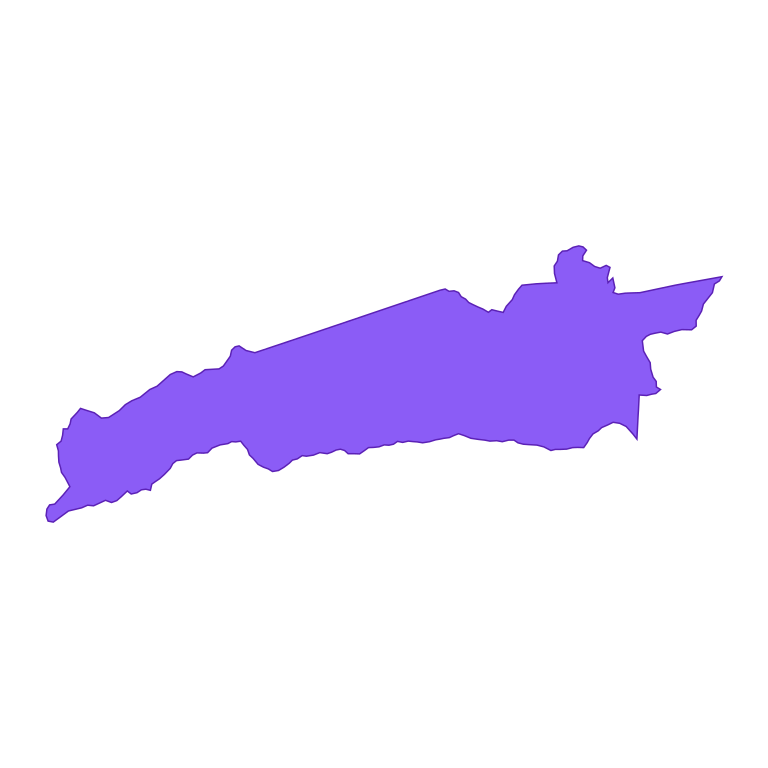 Ibiapina, Ceará, Brazil (Robinson projection)
{"feature_id": "56859067B1418579052728", "entity_name": "Ibiapina", "entity_type": "district", "adm_level": 2, "iso_a3": "BRA", "parent_name": "Brazil", "parent_adm1": "Ceará", "projection": "robinson", "projection_center": [-41.013, -3.951], "detail": "fine", "context": "isolated", "style": "filled", "palette": "violet", "viewbox_px": 768, "rotation_deg": 0, "n_neighbors": 0, "source": "geoboundaries", "source_scale": "gbopen_adm2", "svg_char_len": 3043}
<svg xmlns="http://www.w3.org/2000/svg" viewBox="0 0 768 768"><path d="M150.4,490.3L151.8,484.1L155.5,481.5L159.5,478.8L164.6,474.2L170.2,468.4L172.8,463.6L176.5,460.6L180.9,460.1L188.5,459.1L192.5,455.1L196.9,452.9L203.5,453.1L207.6,452.7L212.0,448.1L220.1,444.9L227.9,443.6L231.6,441.6L235.8,441.9L240.7,441.2L243.8,445.2L247.5,449.4L249.4,454.9L253.1,458.4L258.1,464.4L263.5,467.2L268.3,468.9L272.5,471.5L278.5,470.5L284.0,467.2L289.3,463.2L292.4,460.1L297.3,458.9L302.2,455.6L306.4,456.2L313.5,455.1L319.8,452.6L327.2,453.7L331.6,452.2L336.2,450.0L340.4,449.2L344.6,450.5L348.1,453.7L353.7,453.7L359.6,453.9L364.1,450.8L368.5,447.6L373.6,447.4L379.1,446.8L384.2,444.9L389.0,445.2L393.5,444.2L397.5,441.4L402.7,442.4L408.3,441.1L412.9,441.6L417.1,441.9L422.6,442.8L429.5,441.7L435.7,439.8L440.0,439.1L443.9,438.3L449.4,437.6L453.2,435.8L458.5,433.7L464.3,435.6L470.9,438.3L478.4,439.4L484.6,440.1L489.9,441.1L496.7,440.7L502.3,441.7L508.7,440.1L514.0,440.1L517.9,442.8L523.3,444.2L528.6,444.6L537.0,445.1L543.9,446.9L550.9,450.5L555.3,449.4L560.0,449.4L566.7,449.1L572.6,447.6L577.7,447.4L583.7,447.6L587.2,442.6L589.4,438.6L593.0,433.9L598.3,430.8L601.6,427.6L607.8,424.9L613.1,422.3L619.7,423.3L626.2,426.5L633.0,434.1L636.9,439.1L638.1,415.6L638.5,409.3L639.2,395.0L646.7,395.5L651.6,394.2L655.8,393.5L660.5,389.5L656.4,387.0L656.2,381.4L653.1,377.2L650.7,369.2L650.2,362.7L646.5,356.4L643.6,351.1L642.3,340.7L646.3,336.4L650.3,334.3L655.0,333.2L660.8,332.1L667.5,334.0L674.3,331.4L681.8,329.6L691.6,329.8L696.2,326.1L696.1,320.3L699.2,315.3L701.6,311.0L703.4,304.1L708.2,298.0L712.4,292.7L714.4,284.0L719.4,280.9L721.9,276.7L684.3,283.5L675.2,285.2L639.9,292.7L629.7,293.0L625.1,293.2L618.2,294.2L613.1,292.5L614.9,287.8L612.8,278.0L608.0,282.7L607.3,277.7L610.0,267.4L606.2,265.4L600.2,268.2L594.7,266.5L589.5,262.7L582.6,260.6L582.8,255.9L586.5,250.2L583.0,246.9L578.8,245.9L573.1,247.3L567.1,250.8L562.4,251.1L558.5,254.9L557.4,261.2L554.2,266.0L554.5,273.5L556.9,282.8L545.3,283.3L536.3,283.8L522.0,285.2L518.5,289.2L514.5,294.7L512.3,299.6L506.3,306.3L503.2,312.4L497.4,311.1L491.8,309.7L488.4,312.3L482.8,309.0L478.0,307.0L472.9,304.6L468.7,302.5L465.6,299.1L461.2,296.7L458.5,292.5L454.1,290.8L449.0,291.3L445.2,289.0L440.1,290.2L311.9,333.6L263.0,350.0L254.9,352.7L246.0,350.5L239.1,345.9L235.1,346.8L231.6,350.2L230.3,356.2L223.4,366.0L219.0,368.9L205.1,369.7L200.7,373.0L193.2,376.9L186.1,373.9L181.9,371.9L176.8,371.6L170.3,374.5L157.1,386.2L149.8,389.5L140.3,397.2L131.9,400.7L125.4,404.6L119.3,410.6L108.6,417.5L101.4,418.1L94.3,412.8L86.3,410.3L80.5,408.4L77.4,412.3L71.1,419.0L70.1,423.9L67.7,428.9L63.3,428.9L62.6,435.3L61.1,441.1L56.7,444.7L58.4,450.8L58.5,456.1L58.9,462.2L60.6,467.9L61.5,472.4L65.1,477.5L69.9,486.7L63.1,495.0L54.7,504.1L49.6,504.9L46.9,509.1L46.1,515.6L48.1,521.1L53.3,522.1L68.4,511.0L81.7,507.8L87.6,505.2L93.6,505.8L105.5,500.3L111.5,502.5L116.8,500.6L121.7,496.3L127.3,491.0L131.2,494.0L137.0,492.7L141.4,489.8L145.8,489.2L150.4,490.3Z" fill="#8b5cf6" stroke="#5b21b6" stroke-width="1.5"/></svg>